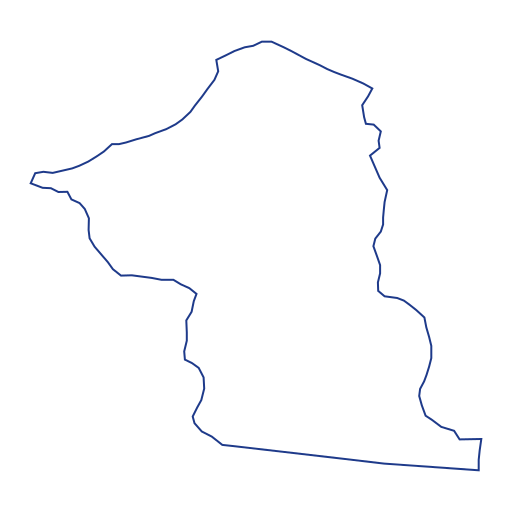 the district of Jijoca de Jericoacoara, Ceará, Brazil
{"feature_id": "56859067B74295289149447", "entity_name": "Jijoca de Jericoacoara", "entity_type": "district", "adm_level": 2, "iso_a3": "BRA", "parent_name": "Brazil", "parent_adm1": "Ceará", "projection": "mercator", "projection_center": [-40.5, -2.875], "detail": "fine", "context": "isolated", "style": "outline", "palette": "blue", "viewbox_px": 512, "rotation_deg": 0, "n_neighbors": 0, "source": "geoboundaries", "source_scale": "gbopen_adm2", "svg_char_len": 1706}
<svg xmlns="http://www.w3.org/2000/svg" viewBox="0 0 512 512"><path d="M481.3,439.0L459.6,439.4L454.1,430.8L441.3,426.9L432.0,419.9L425.6,415.7L421.8,405.3L419.2,396.0L420.1,388.9L424.1,381.4L426.5,375.0L429.1,366.7L431.3,358.1L431.3,345.9L429.1,336.9L426.3,327.3L424.4,317.5L416.3,310.1L409.6,304.8L403.9,300.6L397.2,298.0L384.6,296.3L378.2,290.9L377.9,282.4L380.1,273.4L380.1,265.1L377.1,256.5L373.4,246.2L375.3,238.6L380.8,231.6L383.1,224.5L383.1,217.6L383.8,209.9L384.6,202.0L387.2,190.1L379.6,177.7L370.0,155.6L379.6,147.9L378.6,140.7L380.8,131.4L373.7,124.6L365.9,123.8L364.1,117.1L362.2,105.2L368.1,96.3L372.3,88.5L363.3,83.5L352.4,78.7L340.9,74.6L334.1,72.0L327.1,69.0L320.0,65.3L305.9,58.9L291.2,51.0L283.8,47.3L271.6,41.7L261.8,41.7L253.2,45.8L244.7,47.3L234.5,51.0L226.3,55.1L216.3,59.9L218.2,71.3L214.4,79.9L207.6,88.8L202.0,96.6L194.9,105.6L190.4,111.9L182.3,119.5L175.6,124.3L166.3,129.1L155.1,133.2L149.0,135.9L136.3,139.3L126.0,142.5L119.1,144.1L112.0,144.1L103.9,151.5L96.5,156.5L88.2,161.6L79.2,165.8L72.2,168.4L52.7,172.9L43.4,171.8L35.2,173.2L30.7,183.3L42.6,187.8L50.9,188.2L58.4,192.0L67.4,191.8L71.4,199.4L79.6,203.1L84.8,209.0L88.9,218.3L88.6,230.0L89.6,238.3L94.6,246.7L102.4,255.8L107.9,262.2L112.9,269.2L121.0,275.6L131.8,275.3L142.4,276.7L151.6,277.9L161.5,279.8L173.4,279.8L180.8,284.3L189.4,288.2L196.5,293.9L193.8,301.1L191.6,311.8L186.3,320.4L186.8,332.4L186.8,340.7L184.2,351.4L184.9,359.6L192.0,363.1L198.7,367.9L203.6,377.4L204.2,388.6L201.3,400.1L197.2,407.5L192.7,416.5L194.5,423.2L201.8,431.5L211.8,436.6L222.3,444.9L233.5,446.1L310.4,455.0L343.4,458.8L384.1,463.6L478.7,470.3L478.7,459.8L479.7,450.2L481.3,439.0Z" fill="none" stroke="#1e3a8a" stroke-width="2"/></svg>